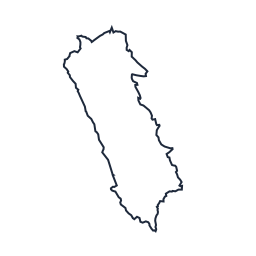 outline of Bayamón, Puerto Rico, rotated 333°
{"feature_id": "32010507B22305202508705", "entity_name": "Bayamón", "entity_type": "district", "adm_level": 2, "iso_a3": "PRI", "parent_name": "Puerto Rico", "parent_adm1": "", "projection": "equal_earth", "projection_center": [-66.167, 18.345], "detail": "fine", "context": "isolated", "style": "outline", "palette": "slate", "viewbox_px": 256, "rotation_deg": 333, "n_neighbors": 0, "source": "geoboundaries", "source_scale": "gbopen_adm2", "svg_char_len": 2669}
<svg xmlns="http://www.w3.org/2000/svg" viewBox="0 0 256 256"><g transform="rotate(333 128 128)"><path d="M93.0,163.1L91.9,174.1L89.0,174.3L87.9,173.5L85.4,174.0L85.0,174.9L85.5,176.6L87.1,178.2L87.9,178.9L88.3,185.5L89.4,187.6L88.9,189.5L87.3,190.8L86.9,192.9L88.6,196.4L89.4,198.1L88.8,200.6L89.8,204.4L91.3,207.2L91.4,210.6L91.7,210.9L92.2,212.1L95.7,211.2L97.4,213.4L96.5,217.2L98.1,219.0L101.5,219.3L103.3,221.2L103.5,223.4L102.9,224.5L103.2,228.4L103.8,230.8L105.1,231.2L105.7,232.5L107.0,231.3L107.4,230.2L107.5,228.7L108.9,227.2L110.1,223.0L111.4,221.0L113.7,218.8L115.4,218.0L116.6,216.4L117.1,214.4L118.0,213.4L117.9,211.4L119.1,211.3L119.5,210.2L121.9,208.9L123.4,207.7L126.3,209.6L127.3,207.5L129.7,205.9L131.3,205.9L131.9,203.7L136.2,203.3L138.3,204.6L139.1,204.3L141.5,205.9L145.0,205.8L148.0,207.3L149.9,204.1L148.3,203.7L147.7,202.7L151.2,200.5L151.0,197.7L150.1,194.7L150.7,191.5L150.7,189.0L152.3,188.4L153.1,185.3L153.3,184.5L152.9,183.0L151.3,181.8L150.4,180.9L150.7,175.8L151.5,173.1L150.2,172.0L150.6,168.7L153.9,168.3L158.1,167.1L158.4,166.1L156.5,165.3L152.2,161.1L151.0,159.1L150.2,157.7L150.0,152.9L150.9,150.2L150.1,147.1L152.0,144.1L152.6,143.1L154.6,141.8L157.1,140.4L157.3,139.4L155.1,138.6L155.0,137.3L156.2,132.4L153.6,131.7L153.4,130.1L154.9,128.0L155.2,124.4L154.9,121.8L152.0,115.0L149.7,112.6L149.7,111.6L149.8,108.2L150.8,105.8L152.1,107.5L152.8,107.0L153.4,104.1L153.5,100.5L153.3,94.7L154.0,93.0L156.0,93.8L156.4,92.0L153.8,88.6L153.8,86.0L154.2,84.7L155.8,82.1L156.3,82.1L159.4,84.8L162.8,87.3L165.4,89.1L167.6,89.9L168.3,87.7L171.0,86.3L170.0,83.0L168.4,79.6L166.1,73.8L165.4,70.8L164.8,69.2L164.3,67.7L163.7,66.1L165.8,62.2L164.8,59.2L163.5,59.8L162.3,57.8L163.2,55.9L165.1,53.9L165.7,49.4L168.4,43.7L164.9,38.6L162.8,37.6L161.0,36.1L158.4,36.3L159.1,31.2L155.4,34.4L155.5,33.1L150.9,32.7L150.0,32.6L147.9,33.2L145.0,33.2L137.5,34.4L135.7,34.8L134.7,34.9L134.8,33.6L133.3,30.2L131.7,29.2L131.6,27.7L128.8,25.8L128.4,24.6L125.9,24.1L124.8,23.5L124.8,23.8L123.8,24.8L124.9,27.0L124.6,29.9L123.3,32.3L121.9,34.2L121.9,35.0L121.9,35.6L117.5,37.7L115.1,35.2L110.5,35.0L108.5,37.2L108.5,37.4L105.5,38.7L105.1,38.9L102.7,38.4L102.0,39.9L100.5,41.8L99.8,42.1L98.8,44.3L100.1,47.7L100.4,50.6L99.4,51.4L100.1,54.6L99.4,56.2L100.3,61.0L101.4,64.8L99.9,68.5L101.1,71.4L99.9,72.3L100.0,74.1L99.7,78.2L99.7,78.9L99.3,89.4L97.9,93.9L98.2,94.4L98.1,95.2L97.7,98.8L98.9,102.0L99.4,103.2L99.4,107.0L99.7,109.4L97.7,115.4L97.5,116.1L97.5,116.3L98.2,117.4L98.6,120.1L96.8,125.3L97.6,134.1L96.5,135.9L95.5,136.6L94.0,138.0L95.5,145.8L95.8,147.3L95.0,152.1L93.2,162.5L93.6,163.2L93.0,163.1Z" fill="none" stroke="#1e293b" stroke-width="2"/></g></svg>